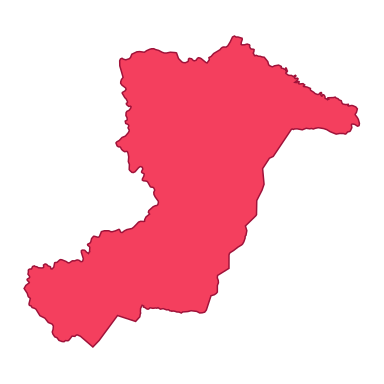 the district of Victoria, Yoro, Honduras, rotated 91°
{"feature_id": "27666195B67496121573402", "entity_name": "Victoria", "entity_type": "district", "adm_level": 2, "iso_a3": "HND", "parent_name": "Honduras", "parent_adm1": "Yoro", "projection": "natural_earth1", "projection_center": [-87.58, 15.094], "detail": "fine", "context": "isolated", "style": "filled", "palette": "rose", "viewbox_px": 384, "rotation_deg": 91, "n_neighbors": 0, "source": "geoboundaries", "source_scale": "gbopen_adm2", "svg_char_len": 5892}
<svg xmlns="http://www.w3.org/2000/svg" viewBox="0 0 384 384"><g transform="rotate(91 192 192)"><path d="M162.8,256.2L165.4,255.1L170.6,255.2L171.5,254.6L173.4,252.5L173.6,251.0L172.7,249.2L168.7,245.9L167.6,244.5L167.5,243.6L168.2,242.1L169.9,241.6L172.2,242.7L173.0,242.8L173.6,242.3L174.5,240.4L175.2,240.1L177.1,240.5L179.7,241.8L180.9,241.9L181.6,240.9L181.9,238.0L182.2,237.1L183.2,236.2L187.4,233.8L187.8,233.1L188.0,231.1L188.9,230.1L190.8,229.3L192.9,230.2L195.1,230.0L197.6,228.7L201.6,225.7L202.7,225.4L205.2,225.9L206.2,227.1L206.3,228.3L207.4,230.6L211.3,234.8L213.0,235.3L214.8,234.0L217.8,237.6L220.4,238.8L222.1,238.9L222.3,239.6L222.2,242.9L223.0,244.9L227.9,249.4L229.5,251.3L230.7,256.4L232.0,258.9L233.7,261.0L233.7,261.9L233.3,262.7L230.8,263.9L230.6,264.4L232.2,268.0L233.1,271.0L233.1,272.5L232.3,274.2L232.2,275.1L232.3,279.0L233.2,281.9L237.9,283.7L238.7,284.4L238.9,285.3L238.0,288.6L238.0,289.7L240.3,291.6L243.4,292.3L244.4,292.8L245.1,293.5L245.8,295.1L246.3,295.5L247.1,295.3L248.4,293.6L249.4,293.2L252.1,293.4L253.5,293.2L254.1,294.0L255.3,294.4L254.0,296.4L252.4,297.9L252.0,298.7L252.0,300.8L252.6,301.6L254.2,301.6L260.6,299.5L262.7,300.0L263.4,300.6L263.6,301.8L262.2,303.9L261.9,305.7L262.9,308.2L262.9,310.5L264.9,313.3L265.0,314.6L263.6,316.8L262.0,321.0L261.9,322.4L262.3,323.2L264.7,325.7L264.9,327.6L265.2,328.1L269.6,328.9L271.4,330.6L271.2,331.7L269.5,332.1L269.0,332.7L268.4,334.6L266.9,336.1L266.5,337.6L267.6,339.2L269.8,339.0L270.4,339.7L270.6,341.1L270.4,344.3L269.5,345.7L269.2,347.5L268.6,348.4L269.3,350.1L271.7,351.1L271.9,353.0L272.4,353.9L273.0,354.3L275.0,354.2L277.0,354.6L279.1,353.0L280.0,352.8L280.7,353.2L281.9,355.1L282.6,355.4L283.4,355.0L284.9,353.4L285.5,353.1L288.3,356.5L291.4,358.2L296.1,355.0L299.5,353.9L301.2,351.8L306.5,353.0L307.6,352.9L308.2,352.5L308.7,350.9L310.3,349.9L311.1,347.3L312.0,345.9L318.3,341.9L320.7,336.9L325.0,333.4L326.3,330.0L326.8,329.3L328.4,328.3L331.7,328.5L334.4,329.3L336.5,328.6L339.2,326.7L340.0,324.5L342.7,322.4L343.8,319.3L343.9,317.3L342.8,316.0L342.9,313.4L342.0,312.2L338.2,309.4L338.4,306.5L337.5,305.8L336.8,304.4L338.2,301.0L348.7,288.4L342.1,282.3L316.8,264.3L322.4,246.1L317.7,242.0L315.3,241.7L313.9,241.2L312.9,241.5L309.4,241.4L306.1,239.9L306.8,238.4L307.9,238.5L308.5,236.7L309.5,235.5L309.9,234.3L309.8,233.4L308.5,231.8L309.0,229.1L308.6,226.4L308.8,225.0L308.2,224.0L309.7,221.6L309.1,218.8L310.3,215.3L310.1,213.4L311.2,212.0L311.3,210.4L311.6,210.1L311.3,208.9L311.6,206.9L312.2,205.2L312.3,202.7L313.2,200.6L312.1,199.2L311.6,193.9L310.7,190.9L311.3,185.2L312.8,182.2L312.6,179.6L311.9,177.2L309.8,175.6L295.4,171.2L294.3,167.8L292.9,165.9L291.6,164.9L285.0,165.0L282.3,164.0L279.9,164.2L277.5,165.2L275.0,165.0L267.7,153.7L254.3,153.9L252.9,153.5L252.0,152.8L249.7,149.3L246.4,145.2L244.0,141.4L243.1,140.5L240.9,139.3L237.2,138.1L235.4,138.1L234.4,137.3L229.7,136.5L225.0,138.0L214.8,127.9L213.6,127.1L199.4,127.1L188.9,122.0L183.0,120.1L167.4,121.8L156.9,115.2L155.0,111.4L127.6,93.7L127.3,92.7L127.7,91.7L127.2,90.7L127.0,88.0L127.9,82.8L126.3,78.9L126.8,75.3L126.4,73.9L126.9,71.7L126.2,70.0L125.5,66.9L126.3,61.4L127.3,58.3L129.3,54.9L131.6,48.9L130.9,45.3L130.9,41.5L131.4,39.9L131.2,39.1L129.3,37.5L128.7,35.3L128.1,34.7L124.9,33.3L122.1,33.8L121.4,33.4L121.2,32.3L121.7,30.2L123.3,27.7L122.9,26.4L122.3,26.0L120.4,25.8L116.4,27.0L114.4,28.2L111.9,30.2L111.2,30.1L109.6,29.0L106.0,28.1L104.1,29.7L102.8,32.8L102.7,34.2L103.3,36.8L102.9,37.6L102.0,37.1L101.6,37.2L101.9,39.8L101.5,42.4L100.6,43.5L98.1,44.4L97.4,46.4L96.1,47.7L95.6,49.4L94.6,50.5L95.1,52.2L95.4,57.7L96.0,58.1L96.8,57.0L97.4,58.2L96.6,59.1L96.1,60.5L94.0,60.8L92.5,62.0L92.4,63.0L93.9,63.7L93.9,64.2L92.6,65.0L90.9,64.1L90.3,64.4L90.4,65.4L92.1,66.9L92.3,68.0L92.1,68.9L91.3,70.8L90.1,72.1L88.4,74.9L87.6,75.5L86.4,75.4L85.0,78.9L84.6,82.3L84.2,82.5L83.0,81.2L81.7,82.9L82.1,86.2L81.9,87.2L81.5,87.5L80.0,86.7L79.6,87.0L79.6,87.8L80.8,89.5L80.6,91.1L79.0,89.3L77.5,88.1L76.8,88.0L76.3,88.8L76.8,90.4L76.3,91.4L75.8,91.6L74.1,90.1L73.5,90.7L74.8,92.9L73.7,94.5L73.7,97.4L71.8,100.2L71.3,100.3L70.1,99.0L69.4,98.7L69.2,98.9L69.3,99.9L69.1,100.4L68.8,100.4L68.4,99.2L66.5,99.9L66.4,100.5L67.5,101.0L67.7,101.5L66.7,103.4L66.6,104.6L66.2,105.0L64.9,104.9L63.6,107.6L64.4,111.8L65.4,113.6L65.2,114.7L64.3,116.6L63.4,117.6L60.3,118.5L56.0,122.1L55.7,124.4L55.1,126.2L55.1,128.0L54.2,130.2L54.7,131.5L54.5,131.9L52.0,133.2L50.7,132.6L48.5,132.4L48.2,133.0L48.0,135.2L47.7,135.8L46.0,136.9L44.3,136.8L43.8,137.2L43.1,139.4L43.9,142.1L44.0,144.7L43.7,145.4L41.6,145.4L38.7,144.4L37.4,144.6L36.2,148.8L36.3,150.6L35.3,152.3L36.3,154.2L41.4,156.5L45.3,158.8L46.5,160.4L46.5,163.3L46.9,164.3L48.0,165.6L49.2,166.4L53.2,172.8L56.1,175.2L57.3,177.4L59.5,177.0L62.7,179.2L62.3,180.3L58.5,185.1L57.9,186.3L57.6,187.8L58.2,188.9L60.2,190.2L60.8,191.9L60.5,193.0L58.8,194.7L58.4,197.1L59.1,197.8L61.2,198.0L61.7,198.4L62.9,201.0L62.7,203.3L62.1,204.4L58.8,207.8L53.2,209.9L52.9,211.2L52.6,216.1L53.5,220.0L53.5,222.1L52.8,224.3L51.0,227.8L50.2,231.0L49.4,232.7L49.5,234.9L50.0,236.7L51.5,239.9L53.1,242.1L52.5,246.8L52.8,249.6L55.3,254.6L58.5,255.8L59.8,257.0L61.0,260.5L60.4,262.9L59.5,264.3L60.2,265.8L62.0,266.6L67.1,266.4L78.6,262.9L80.8,264.5L83.1,265.2L84.6,265.2L86.4,263.9L89.1,260.2L90.5,259.7L92.0,260.7L93.7,263.4L94.5,263.5L98.9,260.8L99.8,259.7L102.6,258.1L103.9,258.1L104.5,259.2L105.7,259.0L107.6,256.7L107.3,254.9L107.8,254.4L109.1,254.7L111.2,256.1L112.6,258.6L113.9,259.3L116.8,259.4L118.7,258.3L120.5,258.0L121.3,258.3L122.3,260.0L124.6,259.5L125.5,257.4L126.3,256.5L127.2,256.4L129.0,257.1L131.1,255.9L132.2,255.9L134.0,256.9L137.2,259.5L138.7,262.9L141.7,265.6L143.2,268.1L144.3,268.9L147.2,267.7L148.1,266.4L148.2,264.8L148.6,264.3L150.7,263.1L152.0,261.6L152.9,260.0L152.5,257.9L152.9,257.3L154.5,256.6L158.0,255.9L162.8,256.2Z" fill="#f43f5e" stroke="#9f1239" stroke-width="1.5"/></g></svg>